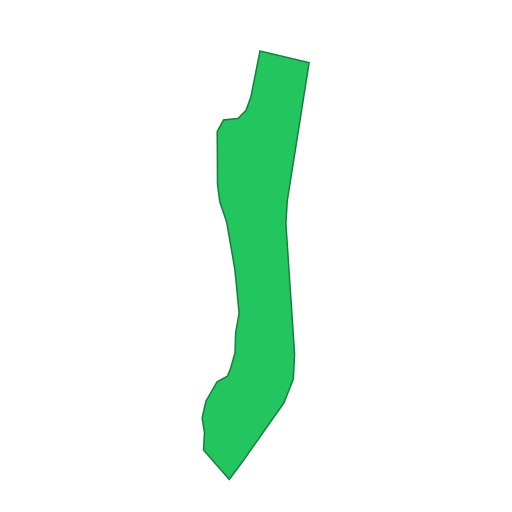 Bragadiru, Teleorman, Romania (Mercator projection), rotated 141°
{"feature_id": "2599482B260875686248", "entity_name": "Bragadiru", "entity_type": "district", "adm_level": 2, "iso_a3": "ROU", "parent_name": "Romania", "parent_adm1": "Teleorman", "projection": "mercator", "projection_center": [25.509, 43.687], "detail": "fine", "context": "isolated", "style": "filled", "palette": "green", "viewbox_px": 512, "rotation_deg": 141, "n_neighbors": 0, "source": "geoboundaries", "source_scale": "gbopen_adm2", "svg_char_len": 613}
<svg xmlns="http://www.w3.org/2000/svg" viewBox="0 0 512 512"><g transform="rotate(141 256 256)"><path d="M386.3,174.7L393.0,169.4L399.8,164.0L407.2,151.2L418.9,138.3L417.4,99.2L398.3,104.0L326.7,124.3L315.5,130.6L304.4,136.9L292.0,150.7L287.8,155.4L212.5,262.2L197.1,279.1L145.1,325.9L93.1,372.8L123.9,412.8L159.7,383.0L172.0,375.5L183.4,374.2L195.6,382.2L207.9,377.1L223.5,357.5L240.8,336.0L250.1,320.8L257.3,301.2L269.5,279.2L280.5,259.6L287.3,249.1L294.2,238.7L305.2,222.1L320.2,209.1L333.2,194.0L346.7,184.5L353.8,180.6L365.5,182.7L386.3,174.7Z" fill="#22c55e" stroke="#15803d" stroke-width="1.5"/></g></svg>